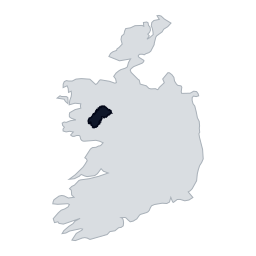 Claremorris Lea-6, Mayo, Ireland shown in context
{"feature_id": "5873133B40533987579120", "entity_name": "Claremorris Lea-6", "entity_type": "district", "adm_level": 2, "iso_a3": "IRL", "parent_name": "Ireland", "parent_adm1": "Mayo", "projection": "mercator", "projection_center": [-9.004, 53.656], "detail": "fine", "context": "in_parent", "style": "filled", "palette": "ink", "viewbox_px": 256, "rotation_deg": 0, "n_neighbors": 0, "source": "geoboundaries", "source_scale": "gbopen_adm2", "svg_char_len": 7203}
<svg xmlns="http://www.w3.org/2000/svg" viewBox="0 0 256 256"><path d="M162.1,31.9L156.7,35.8L155.8,37.2L154.3,43.1L154.1,44.8L150.7,51.3L148.8,52.7L145.9,53.7L144.2,54.8L142.2,54.2L139.6,54.3L138.3,55.5L138.3,56.4L139.1,57.4L143.9,60.4L143.7,61.7L142.3,63.1L133.7,66.6L131.1,68.7L130.2,70.1L131.1,72.4L138.0,79.3L139.2,80.1L140.2,84.1L146.3,85.8L148.8,88.3L150.9,88.9L155.5,88.7L157.4,89.7L158.5,89.0L159.1,87.6L164.3,82.7L162.7,79.0L167.9,72.7L169.4,72.8L171.9,74.7L173.9,77.4L174.5,81.0L176.5,84.2L177.7,85.3L181.0,85.9L181.8,87.2L181.2,91.8L181.7,93.4L190.2,93.2L193.7,91.2L196.6,91.6L198.1,93.7L198.7,95.8L196.2,96.6L193.5,96.1L192.2,97.5L192.1,100.2L193.0,103.7L194.8,106.1L196.2,111.7L197.4,117.8L199.2,121.4L199.6,126.0L199.3,128.2L199.7,132.3L198.9,133.7L199.5,137.4L202.6,149.5L203.2,158.9L201.7,162.4L199.6,165.7L198.3,169.7L197.3,173.9L196.6,180.8L192.2,188.7L190.3,190.7L188.2,191.9L192.9,197.5L189.0,200.0L184.8,200.8L180.1,199.4L177.2,199.5L173.4,202.4L172.6,201.9L170.8,197.3L169.5,202.0L166.8,203.5L162.2,203.2L154.5,204.5L151.5,205.8L150.3,207.9L149.3,210.3L148.1,211.7L146.8,212.5L140.8,214.3L139.6,215.0L136.8,218.9L133.2,221.1L130.2,221.8L127.5,219.5L126.4,218.2L125.2,217.5L121.1,217.6L122.4,218.3L123.2,219.9L123.6,222.9L123.2,225.9L121.1,227.4L118.7,227.7L114.9,230.8L109.9,231.6L107.2,234.5L90.5,239.3L89.6,239.3L87.3,238.1L84.8,237.6L82.3,238.0L75.3,240.6L71.9,240.1L76.3,233.4L82.0,230.1L82.6,229.1L80.7,228.7L69.7,231.0L65.9,233.0L62.1,233.6L63.9,230.6L68.8,226.4L73.1,223.6L74.9,221.2L80.1,218.4L63.4,224.1L59.0,223.4L57.9,221.8L54.5,222.6L53.2,218.7L58.3,212.8L61.2,210.2L64.8,208.9L68.1,206.9L69.4,204.5L67.8,203.7L57.7,204.3L52.8,203.8L53.1,201.9L54.0,199.7L59.0,196.1L61.7,195.5L64.1,195.9L68.4,198.0L74.1,197.3L71.7,195.0L71.3,190.2L69.5,188.7L71.8,186.4L74.5,185.1L78.9,180.5L80.5,179.9L89.3,178.7L98.8,176.3L108.2,173.0L103.4,171.2L101.1,168.7L97.4,173.7L94.7,175.6L87.1,176.6L84.8,176.0L81.4,174.5L80.4,175.1L79.4,176.2L74.4,178.7L69.1,179.3L75.2,174.8L83.0,167.2L84.7,164.8L87.2,160.7L86.4,158.8L84.8,157.8L90.4,149.1L92.4,147.6L96.0,147.3L98.6,146.0L99.8,145.9L100.8,145.4L103.1,142.8L99.6,141.2L95.9,140.3L84.5,141.2L83.0,141.1L81.6,140.3L80.7,139.1L80.0,136.2L79.2,135.5L76.6,135.5L74.1,136.4L72.3,136.3L70.6,135.0L73.3,132.0L69.7,131.3L66.1,131.9L63.1,131.0L63.0,129.1L64.4,127.2L62.6,125.4L62.2,123.1L64.1,122.0L66.2,122.4L70.5,120.7L75.9,119.9L71.2,118.2L69.4,116.8L69.3,114.6L69.7,112.7L75.1,109.6L80.8,108.2L80.4,106.1L80.8,103.8L75.0,103.2L69.2,104.8L69.8,100.4L71.2,96.5L71.5,94.0L71.2,91.2L68.5,92.4L68.2,88.5L67.1,85.8L63.1,87.6L63.2,84.1L64.3,81.6L66.4,80.6L68.5,81.0L72.3,81.0L76.0,79.1L81.4,78.6L89.9,79.2L95.7,84.5L97.2,83.5L99.6,80.2L100.6,79.8L109.5,81.3L114.9,83.2L116.4,82.6L115.6,78.9L113.7,76.4L116.1,73.0L119.0,70.7L120.9,69.6L125.3,68.2L127.3,66.9L128.5,62.5L130.6,58.9L119.5,60.8L108.9,56.5L110.5,53.5L112.8,51.8L116.6,50.4L117.0,48.9L119.0,47.5L122.2,44.1L121.0,39.5L121.6,36.2L124.0,34.0L124.7,30.9L125.7,28.6L130.5,27.8L135.0,25.7L142.0,25.4L143.8,26.3L143.4,22.5L146.7,22.0L148.0,22.7L148.5,25.4L150.0,27.1L150.5,30.1L149.5,32.4L147.8,34.1L149.3,35.9L147.0,39.2L149.5,37.8L153.2,34.6L153.0,32.0L152.4,28.7L151.3,25.8L151.8,22.5L153.9,20.5L159.3,19.4L157.0,15.7L159.0,15.4L161.2,16.1L164.3,19.0L171.0,23.1L167.7,26.7L163.7,29.2L162.1,31.9ZM68.1,101.9L67.9,103.6L65.4,101.4L64.1,99.2L57.1,98.1L60.0,95.8L61.5,96.5L66.4,96.6L67.8,97.5L68.1,101.9Z" fill="#d9dde1" stroke="#a8b0b8" stroke-width="1"/><path d="M106.8,116.4L106.9,116.2L107.0,116.2L107.4,115.8L107.4,115.7L107.6,115.4L107.6,115.1L107.7,114.9L107.8,114.8L107.8,114.7L108.1,114.6L108.1,114.8L108.3,114.8L108.4,115.0L108.5,115.0L108.6,114.9L108.8,114.9L109.0,114.9L109.1,114.7L109.1,114.3L109.3,114.3L109.5,114.1L110.1,113.9L110.2,113.7L110.3,113.7L110.5,113.6L110.6,113.0L110.6,112.9L110.8,112.9L111.3,112.9L111.2,112.8L111.3,112.8L111.2,112.5L111.1,112.4L111.2,112.2L110.9,111.8L110.8,111.7L111.0,111.3L110.8,111.1L110.7,110.8L110.8,110.6L110.3,110.3L110.0,110.3L109.8,110.2L109.7,110.2L109.5,109.9L109.4,109.7L109.2,109.7L108.9,109.9L109.0,110.0L108.9,110.3L108.7,110.2L108.6,109.9L108.4,109.9L108.2,109.8L108.1,109.7L107.7,109.0L107.7,108.9L107.5,108.7L107.4,108.6L107.0,108.5L106.8,108.3L106.3,107.7L106.1,107.6L105.7,107.3L105.7,107.2L105.3,107.1L105.1,107.0L105.1,106.9L104.9,106.6L104.7,106.4L104.4,106.2L104.3,106.3L104.3,106.5L104.1,106.7L103.6,106.2L103.1,106.1L103.0,106.4L102.9,106.4L102.6,106.4L102.4,106.3L102.1,106.7L101.8,106.8L101.7,106.9L101.5,106.7L101.4,106.7L101.5,106.6L101.4,106.6L101.3,106.4L101.3,106.2L101.2,106.2L101.0,106.4L101.0,106.5L100.9,106.6L101.0,106.7L101.2,106.9L100.9,107.1L101.0,107.4L100.9,107.6L100.7,107.5L100.7,107.4L100.4,107.4L99.9,107.1L99.9,107.3L99.7,107.4L99.6,107.5L99.4,107.9L99.3,108.0L99.2,108.1L99.0,108.3L98.9,108.2L98.6,108.0L98.4,108.1L98.2,108.2L98.3,108.6L98.2,108.6L98.2,108.8L98.2,109.0L98.2,109.3L98.7,109.8L98.4,110.0L98.3,109.9L98.2,109.8L98.2,109.7L97.9,109.7L97.5,109.8L97.5,110.0L97.4,110.1L97.1,109.7L96.8,109.5L96.7,109.6L96.6,109.8L96.7,110.0L96.7,110.4L96.7,110.5L96.7,110.8L96.5,110.6L96.4,110.5L96.1,110.6L96.2,110.8L96.2,111.0L96.3,111.1L96.3,111.4L96.2,111.5L96.1,111.4L95.9,111.5L96.0,111.6L96.0,111.8L95.9,111.9L96.0,112.1L95.8,112.4L95.5,113.0L95.5,112.7L95.4,112.5L95.2,112.6L95.0,113.1L94.9,113.3L94.8,113.6L94.7,113.6L94.5,113.9L94.6,114.0L94.5,114.3L94.4,114.4L94.2,114.2L94.3,114.1L94.2,114.1L94.1,113.9L94.0,113.6L93.6,113.7L93.5,113.8L93.4,113.9L93.3,114.0L93.2,114.1L92.0,116.6L91.7,116.7L91.6,116.8L91.4,117.1L91.3,117.3L91.1,117.4L91.1,117.5L90.9,117.7L89.3,118.1L89.1,118.5L88.3,120.3L88.3,121.7L88.4,122.0L88.8,122.3L88.8,122.5L88.6,122.7L88.6,122.9L88.6,123.0L88.6,123.3L88.9,123.5L89.1,123.5L89.5,123.6L89.7,123.4L89.7,123.0L89.8,123.0L90.0,122.7L90.2,122.8L90.3,122.7L90.3,123.1L90.2,123.1L90.2,123.3L90.5,123.4L90.8,123.3L90.9,123.2L90.9,123.5L90.8,123.4L90.8,123.6L91.0,124.0L90.9,124.1L91.1,124.5L91.1,125.0L92.6,126.0L92.6,127.1L93.4,127.2L93.5,127.4L93.5,127.5L93.7,127.4L93.8,127.4L94.1,127.3L94.2,127.5L94.5,127.6L94.7,127.4L94.8,127.2L95.2,127.1L95.3,126.9L95.4,127.0L95.5,127.1L95.8,127.2L96.1,127.2L96.3,127.0L96.5,126.8L96.6,126.7L96.7,126.4L97.0,126.2L97.1,126.4L97.3,126.3L97.3,126.1L97.4,125.9L97.5,125.8L97.4,125.4L97.5,125.2L97.9,124.7L98.1,124.7L98.3,124.5L98.5,124.5L98.7,124.3L98.8,124.1L98.8,123.9L99.0,123.8L99.3,123.8L99.5,123.8L99.5,123.7L99.4,123.6L99.5,123.5L99.5,123.4L99.6,123.2L99.9,122.9L99.7,122.9L99.7,122.6L99.5,122.4L99.3,122.4L99.4,122.2L99.2,121.5L99.3,121.3L99.4,121.2L99.5,121.2L99.7,121.3L99.9,121.3L100.5,121.1L100.4,120.7L100.3,120.4L100.2,120.3L100.2,120.2L100.5,120.2L100.8,120.0L101.0,120.3L101.1,120.0L101.3,119.9L101.4,119.7L101.3,119.4L101.2,119.3L101.3,119.2L101.2,119.2L101.5,118.7L101.6,118.4L101.7,118.2L101.6,117.9L101.7,117.7L101.7,116.9L101.9,117.0L102.0,117.0L102.3,116.9L102.5,116.7L102.8,116.6L103.3,117.0L103.6,117.4L103.7,117.5L103.8,117.6L104.1,117.7L104.2,117.4L104.3,117.3L104.3,117.2L104.2,117.1L104.5,117.1L104.8,117.1L105.0,117.0L105.1,116.9L105.3,116.8L105.5,117.0L105.8,117.0L106.2,117.1L106.3,116.9L106.4,116.7L106.6,116.6L106.8,116.5L106.8,116.4L106.8,116.4Z" fill="#0f172a" stroke="#020617" stroke-width="1.5"/></svg>